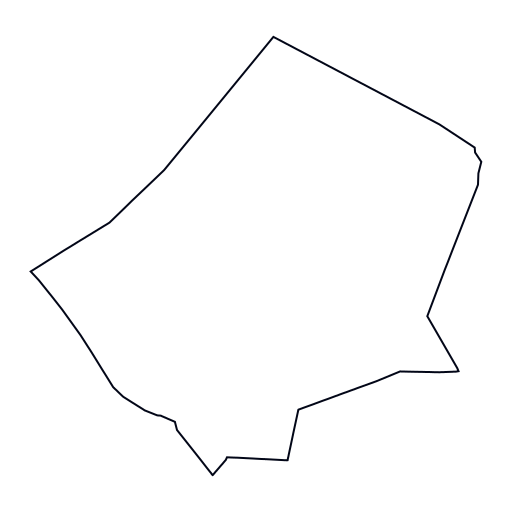 outline of Kebkabiya, North Darfur, Sudan
{"feature_id": "16777658B23897511285986", "entity_name": "Kebkabiya", "entity_type": "district", "adm_level": 2, "iso_a3": "SDN", "parent_name": "Sudan", "parent_adm1": "North Darfur", "projection": "robinson", "projection_center": [24.187, 13.614], "detail": "fine", "context": "isolated", "style": "outline", "palette": "ink", "viewbox_px": 512, "rotation_deg": 0, "n_neighbors": 0, "source": "geoboundaries", "source_scale": "gbopen_adm2", "svg_char_len": 3073}
<svg xmlns="http://www.w3.org/2000/svg" viewBox="0 0 512 512"><path d="M474.7,147.6L439.4,124.4L273.4,36.9L239.3,78.5L201.5,124.6L164.1,170.1L149.8,183.8L131.8,200.9L130.4,202.3L125.5,207.1L109.5,222.6L107.1,224.1L106.8,224.3L104.1,225.9L77.6,242.1L69.7,247.0L66.7,248.8L66.2,249.1L63.6,250.7L46.2,261.7L30.7,271.5L38.8,280.2L49.7,293.8L50.4,294.6L62.1,309.5L80.5,335.1L88.0,346.8L88.8,348.0L91.6,352.4L97.6,362.1L102.6,370.2L105.0,374.0L113.2,387.2L113.4,387.4L113.7,387.7L113.9,387.8L114.0,388.0L114.3,388.2L114.6,388.6L116.3,390.1L118.3,392.1L122.7,396.3L123.4,396.9L126.9,399.1L132.7,402.8L134.2,403.7L138.1,406.2L139.8,407.2L139.9,407.3L143.1,409.3L144.1,410.0L144.6,410.3L144.9,410.5L145.1,410.5L145.8,410.8L146.0,410.9L153.8,414.0L154.3,414.2L155.0,414.5L156.1,414.9L156.9,415.2L157.0,415.3L157.3,415.4L157.6,415.4L157.9,415.4L158.5,415.5L159.2,415.5L160.4,415.6L160.7,415.7L160.9,415.7L161.1,415.8L161.3,415.9L161.6,416.0L161.9,416.2L162.3,416.4L163.4,416.8L164.0,417.1L164.8,417.4L164.9,417.5L165.1,417.6L165.3,417.6L165.5,417.7L165.7,417.8L166.4,418.1L168.1,418.9L168.4,419.0L170.5,419.9L171.9,420.5L174.6,421.7L174.9,421.8L177.0,430.0L188.5,444.5L199.5,458.4L200.6,459.8L206.6,467.5L207.7,468.9L210.0,471.8L211.1,473.1L211.6,473.9L211.9,474.2L211.9,474.3L212.1,474.4L212.2,474.6L212.4,474.9L212.6,475.1L212.8,475.0L212.9,474.9L213.1,474.7L213.4,474.3L213.5,474.1L213.8,473.9L213.9,473.7L214.1,473.5L214.3,473.3L214.6,472.9L215.0,472.5L215.1,472.3L215.3,472.1L215.4,471.9L215.6,471.7L216.2,471.0L216.4,470.9L216.8,470.4L217.1,470.0L219.3,467.5L219.7,467.0L220.2,466.4L220.3,466.3L220.8,465.7L221.2,465.3L221.4,465.0L221.6,464.8L222.3,464.1L222.4,463.9L222.6,463.7L223.1,463.1L223.5,462.6L225.2,460.6L225.4,460.4L225.7,460.1L227.0,457.3L231.4,457.5L234.0,457.6L237.5,457.7L241.2,457.9L252.7,458.5L261.4,459.0L265.0,459.1L265.4,459.2L266.5,459.2L283.0,460.1L284.5,460.2L286.3,460.2L286.7,460.3L286.8,460.3L287.0,460.3L287.6,460.2L287.7,459.5L287.9,458.8L288.0,457.9L288.2,457.4L288.7,454.9L290.1,448.3L292.9,435.1L293.2,433.6L296.7,417.4L296.9,416.5L297.6,413.2L297.7,412.8L298.1,410.9L298.2,410.2L298.4,409.7L298.5,409.6L298.8,409.5L299.5,409.3L299.9,409.1L301.9,408.4L302.9,408.0L314.3,403.9L315.0,403.6L316.4,403.1L323.1,400.6L327.1,399.2L330.9,397.8L336.0,395.9L337.3,395.5L339.5,394.6L345.0,392.6L346.0,392.3L346.5,392.1L347.6,391.7L348.7,391.3L349.2,391.1L351.3,390.3L351.7,390.2L353.3,389.6L354.0,389.4L355.0,389.0L356.8,388.3L360.1,387.1L376.2,381.3L400.2,371.4L401.1,371.5L402.9,371.5L405.9,371.6L416.1,371.8L422.6,371.9L426.3,372.0L428.6,372.0L429.0,372.0L434.8,372.2L436.0,372.2L437.0,372.2L437.4,372.2L438.2,372.2L439.0,372.3L441.8,372.1L442.2,372.1L442.8,372.1L444.2,372.1L445.0,372.0L446.0,372.0L448.6,371.9L449.1,371.9L450.2,371.9L450.6,371.8L451.1,371.8L451.4,371.8L452.1,371.8L453.1,371.7L454.9,371.7L455.3,371.7L455.5,371.7L455.8,371.7L456.1,371.6L458.5,371.2L457.3,368.2L427.3,316.2L444.8,269.7L447.9,261.9L452.1,251.0L477.8,185.2L478.0,184.5L478.4,173.3L481.3,161.8L475.1,152.5L474.7,147.6Z" fill="none" stroke="#020617" stroke-width="2"/></svg>